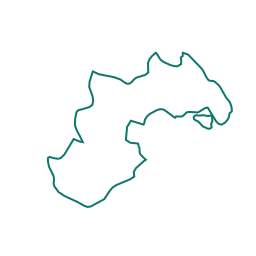 map outline of Pangasinan (Mercator projection), rotated 135°
{"feature_id": "PHL-2562", "entity_name": "Pangasinan", "entity_type": "Province", "adm_level": 1, "iso_a3": "PHL", "parent_name": "Philippines", "parent_adm1": "", "projection": "mercator", "projection_center": [120.195, 16.001], "detail": "fine", "context": "isolated", "style": "outline", "palette": "teal", "viewbox_px": 256, "rotation_deg": 135, "n_neighbors": 0, "source": "natural_earth", "source_scale": "10m", "svg_char_len": 1952}
<svg xmlns="http://www.w3.org/2000/svg" viewBox="0 0 256 256"><g transform="rotate(135 128 128)"><path d="M55.1,161.5L55.0,160.8L55.6,157.9L56.3,155.4L56.7,152.8L56.1,149.3L53.5,142.5L51.6,139.1L49.5,136.7L45.3,135.6L42.8,137.9L40.8,140.5L38.4,140.2L37.9,140.8L36.0,142.4L33.6,137.5L33.9,118.3L34.3,115.5L36.7,108.4L37.2,105.0L36.7,103.5L34.5,101.0L33.9,99.3L33.6,94.0L33.9,91.8L36.9,81.0L37.8,74.1L39.3,70.8L41.1,68.1L42.8,66.4L43.5,66.3L45.3,66.6L46.0,66.4L48.7,64.5L49.5,64.1L52.1,63.4L55.5,63.1L59.5,64.2L61.0,66.9L61.0,70.2L57.2,86.1L59.3,87.5L66.6,89.3L68.2,90.1L69.2,91.5L73.8,96.5L75.5,97.6L79.0,97.6L81.1,97.8L82.9,99.1L85.9,102.2L87.2,101.8L87.7,102.4L89.2,113.1L90.1,116.5L92.2,118.8L95.4,120.4L102.9,122.6L106.6,122.7L110.1,121.9L113.0,120.0L114.6,119.4L120.8,131.1L128.0,129.3L137.9,121.1L136.9,116.1L131.9,109.9L133.4,107.4L134.1,105.7L137.2,102.3L137.9,100.4L137.9,93.6L137.8,93.0L140.6,93.4L150.6,94.0L155.1,92.8L157.9,89.2L162.7,90.2L176.6,95.9L181.2,96.8L185.8,96.4L195.1,94.5L209.7,98.8L212.4,100.7L214.0,104.0L216.0,111.3L221.0,124.9L222.4,131.9L221.3,138.8L220.0,141.2L218.6,142.4L217.2,143.4L215.7,145.0L214.3,147.4L211.7,155.2L210.5,157.6L208.3,160.9L205.9,163.4L204.0,163.0L201.1,158.1L199.3,155.8L196.9,154.3L191.9,154.2L174.2,158.6L172.4,154.0L171.3,151.9L170.0,150.0L167.9,155.8L166.2,161.7L163.8,167.2L159.6,171.3L154.8,174.7L152.2,175.9L149.9,175.4L147.7,173.9L140.5,170.1L136.8,169.6L133.4,171.8L130.7,175.4L126.5,184.3L122.5,187.9L112.9,192.9L110.5,186.5L102.1,174.1L99.1,167.8L98.2,162.5L97.3,159.8L95.3,158.2L93.2,157.9L88.7,158.1L86.5,157.7L78.2,153.3L74.4,152.9L67.9,159.8L64.3,161.4L60.2,161.9L55.6,161.6L55.1,161.5ZM73.8,83.1L74.7,85.4L75.0,87.6L73.9,89.2L71.9,89.5L69.9,88.0L69.2,86.7L66.0,84.1L62.8,79.8L61.0,78.6L60.5,77.2L61.3,75.6L63.8,72.9L65.5,72.4L66.7,71.9L67.0,71.3L67.4,70.3L68.7,69.3L70.4,69.6L71.6,70.5L72.2,71.5L72.5,72.6L73.9,75.8L73.8,83.1Z" fill="none" stroke="#0f766e" stroke-width="2"/></g></svg>